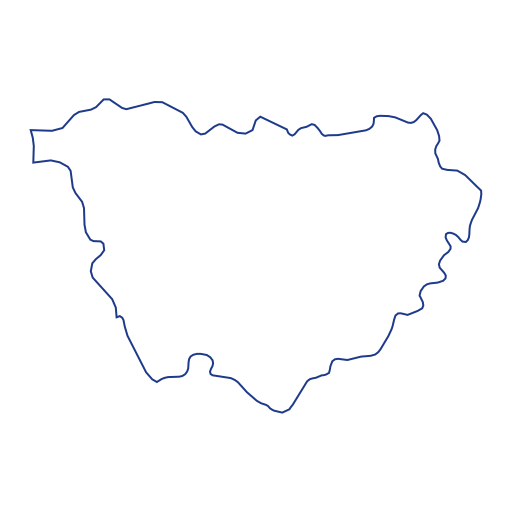 SVG path tracing the border of Haute-Loire
{"feature_id": "FRA-5299", "entity_name": "Haute-Loire", "entity_type": "Metropolitan department", "adm_level": 1, "iso_a3": "FRA", "parent_name": "France", "parent_adm1": "", "projection": "orthographic", "projection_center": [3.906, 45.086], "detail": "fine", "context": "isolated", "style": "outline", "palette": "blue", "viewbox_px": 512, "rotation_deg": 0, "n_neighbors": 0, "source": "natural_earth", "source_scale": "10m", "svg_char_len": 2786}
<svg xmlns="http://www.w3.org/2000/svg" viewBox="0 0 512 512"><path d="M33.3,162.6L33.8,146.0L32.8,137.9L30.7,130.1L52.0,130.8L62.5,128.0L74.0,115.0L79.1,111.9L91.1,109.6L96.1,107.1L103.7,99.4L109.5,99.4L122.0,107.9L126.3,109.2L154.5,102.0L162.3,102.2L182.8,112.8L186.3,116.7L192.2,127.0L195.7,131.4L200.9,134.4L205.2,133.6L214.4,126.5L219.0,124.3L222.5,124.6L237.5,132.8L245.6,133.6L252.5,130.1L255.8,120.4L260.3,116.7L286.8,129.4L288.3,133.0L290.1,134.6L292.3,135.6L294.6,134.3L298.4,129.8L301.1,128.1L306.6,126.8L311.7,124.2L314.6,124.9L317.7,128.1L320.1,131.2L321.8,133.9L323.8,135.5L325.3,135.9L328.1,135.3L338.0,135.1L366.0,130.3L369.3,128.9L372.1,126.6L373.5,123.9L373.9,120.8L374.0,117.9L376.6,116.3L380.2,115.8L388.6,116.1L395.3,117.4L408.0,122.6L410.9,122.9L413.7,122.1L416.3,120.1L420.8,115.1L423.2,113.2L426.8,114.6L430.8,118.7L437.2,130.2L439.1,136.1L439.5,140.7L438.0,143.5L436.3,146.1L435.2,149.5L435.3,153.3L437.9,158.9L438.8,163.0L440.2,166.4L442.1,168.7L447.2,169.9L457.3,170.6L465.2,175.1L476.1,185.8L481.1,190.6L481.3,194.3L480.6,199.4L479.9,202.4L478.1,208.1L472.0,219.8L470.9,222.8L470.0,225.7L469.6,228.6L469.3,234.5L468.9,237.5L467.7,240.2L465.8,242.0L462.5,241.6L460.4,239.7L458.3,237.1L456.0,235.0L453.3,233.6L450.6,232.8L448.0,232.9L446.0,234.2L445.6,237.6L447.0,240.6L450.6,246.3L450.5,248.9L448.3,252.0L444.0,255.2L440.1,260.6L438.9,264.3L439.7,267.7L444.2,272.8L445.8,275.6L445.5,278.4L443.1,280.8L437.7,282.6L430.2,283.4L427.0,284.3L423.9,286.4L420.7,291.0L419.9,294.1L419.6,295.7L419.9,296.3L420.4,297.1L422.8,302.1L423.3,305.5L422.2,308.3L417.7,310.9L407.6,314.9L400.8,313.3L398.1,313.4L395.5,315.5L394.1,319.7L392.5,326.5L391.4,329.6L388.3,336.2L380.4,349.4L378.1,352.3L375.2,354.5L370.7,355.8L361.1,356.6L347.4,360.0L337.9,358.8L334.9,359.3L332.3,361.3L330.4,366.3L329.8,369.9L329.0,372.9L326.1,374.5L324.2,375.1L321.6,375.4L315.8,377.8L312.9,378.3L310.0,379.1L307.2,381.2L292.7,404.8L290.7,407.3L289.4,409.3L282.3,412.6L274.2,410.7L272.3,409.8L270.1,408.4L268.1,406.1L266.1,404.9L261.2,403.3L256.8,400.8L246.9,392.2L237.9,382.2L234.9,380.0L230.8,378.1L212.6,375.3L210.6,374.0L210.0,371.7L210.9,369.1L212.4,366.3L213.1,363.5L212.6,360.4L210.3,357.3L206.8,355.0L200.9,353.9L196.7,353.9L193.2,354.8L190.6,356.5L189.1,359.1L188.6,362.0L188.2,368.5L187.1,371.6L185.2,374.2L182.3,376.0L179.2,376.7L168.0,377.1L164.5,377.9L161.5,379.1L156.9,382.0L152.2,379.3L146.1,372.3L127.5,335.8L124.7,326.3L123.5,320.1L122.2,317.7L119.8,316.1L116.6,317.3L115.8,307.6L112.2,299.2L92.7,277.6L90.8,271.3L92.3,263.3L95.9,259.1L100.8,255.0L104.2,250.2L103.4,243.7L100.7,241.4L93.4,241.1L90.3,239.6L85.9,232.3L84.5,224.7L84.0,208.1L82.1,201.8L75.5,193.1L72.8,187.4L70.6,170.8L67.9,166.8L59.7,162.3L50.8,160.4L33.3,162.6Z" fill="none" stroke="#1e3a8a" stroke-width="2"/></svg>